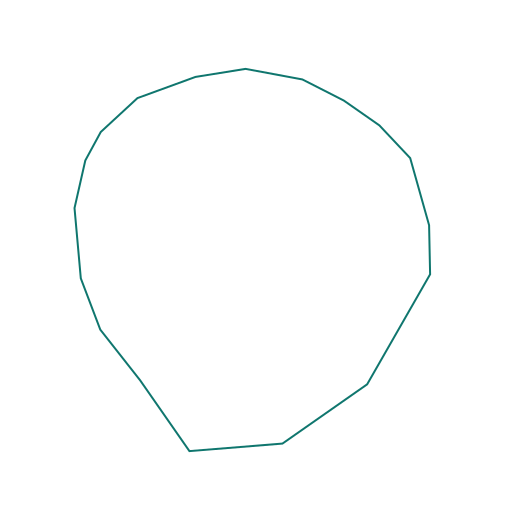 the district of Ingbokolo, Orientale, Democratic Republic of the Congo, rotated 256°
{"feature_id": "63176286B90733061522477", "entity_name": "Ingbokolo", "entity_type": "district", "adm_level": 2, "iso_a3": "COD", "parent_name": "Democratic Republic of the Congo", "parent_adm1": "Orientale", "projection": "mercator", "projection_center": [30.772, 3.399], "detail": "fine", "context": "isolated", "style": "outline", "palette": "teal", "viewbox_px": 512, "rotation_deg": 256, "n_neighbors": 0, "source": "geoboundaries", "source_scale": "gbopen_adm2", "svg_char_len": 388}
<svg xmlns="http://www.w3.org/2000/svg" viewBox="0 0 512 512"><g transform="rotate(256 256 256)"><path d="M67.6,236.3L104.6,332.8L196.1,420.5L244.0,431.4L313.7,429.3L352.9,407.3L385.6,378.8L416.1,343.7L440.1,291.1L444.4,240.6L437.9,179.2L413.9,135.4L390.0,113.5L346.4,91.5L276.7,80.6L222.2,87.1L163.4,113.5L82.8,144.2L67.6,236.3Z" fill="none" stroke="#0f766e" stroke-width="2"/></g></svg>